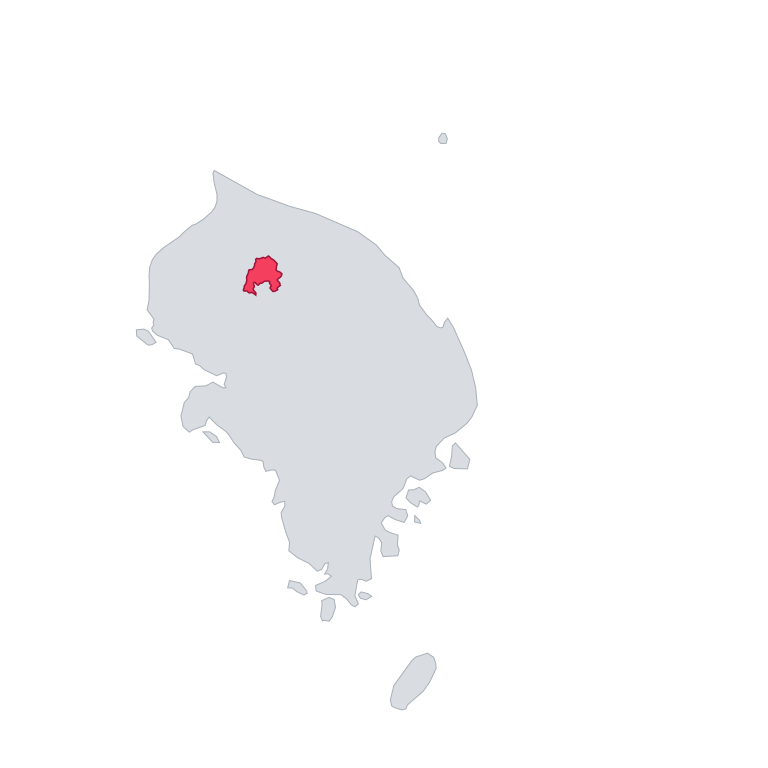 Hoengseong-gun, Gangwon, South Korea shown in context, rotated 323°
{"feature_id": "91817680B58418421780923", "entity_name": "Hoengseong-gun", "entity_type": "district", "adm_level": 2, "iso_a3": "KOR", "parent_name": "South Korea", "parent_adm1": "Gangwon", "projection": "natural_earth1", "projection_center": [128.028, 37.482], "detail": "fine", "context": "in_parent", "style": "filled", "palette": "rose", "viewbox_px": 768, "rotation_deg": 323, "n_neighbors": 0, "source": "geoboundaries", "source_scale": "gbopen_adm2", "svg_char_len": 4911}
<svg xmlns="http://www.w3.org/2000/svg" viewBox="0 0 768 768"><g transform="rotate(323 384 384)"><path d="M236.7,195.8L239.2,193.9L239.4,191.1L239.4,182.2L246.5,176.0L256.6,163.2L261.5,156.2L267.2,149.7L273.7,145.4L280.0,143.3L290.1,142.4L309.3,143.3L313.0,142.5L326.4,141.8L329.5,143.0L339.2,143.7L350.0,142.9L355.4,141.0L360.4,137.8L364.8,132.0L369.3,121.3L374.1,112.9L376.9,111.3L396.7,156.2L415.5,185.2L431.7,206.2L454.7,246.7L461.5,268.4L462.2,281.8L466.1,300.2L462.9,310.8L463.9,327.5L462.5,336.1L459.8,342.4L459.7,354.5L460.6,361.0L460.8,369.6L462.6,373.0L465.2,374.2L469.4,371.1L474.5,369.8L473.6,380.1L467.6,406.3L462.3,425.4L455.0,442.0L445.7,457.2L434.5,463.1L426.7,465.3L411.6,466.0L399.2,463.4L388.4,465.3L384.1,468.5L380.9,473.9L383.3,482.3L383.0,488.5L378.4,488.1L369.3,484.4L359.2,484.0L354.5,482.2L349.8,473.3L344.9,473.6L336.5,478.9L323.6,480.0L319.0,482.9L317.4,486.6L319.3,491.3L325.8,497.4L323.6,503.6L316.8,506.7L311.4,499.1L308.0,491.6L304.2,491.2L298.2,493.3L297.0,501.4L299.8,506.9L304.3,513.2L297.9,520.5L296.2,525.8L291.7,529.5L279.3,521.2L281.1,515.3L286.5,509.6L287.1,503.6L285.4,500.1L267.7,515.1L256.8,532.0L251.0,530.8L248.5,526.4L245.1,524.6L233.3,535.6L231.2,544.2L226.8,544.5L225.0,540.9L224.8,533.1L222.8,526.4L210.7,516.8L205.2,508.4L208.2,503.7L218.4,506.2L226.4,505.9L224.9,501.9L222.2,500.0L227.6,497.8L232.1,493.2L228.4,491.9L222.7,494.6L218.0,493.3L216.2,482.3L210.5,470.9L207.6,460.0L213.3,453.6L216.2,443.8L221.6,429.6L224.2,425.0L231.5,421.7L234.1,418.0L230.1,416.1L223.8,414.5L223.9,410.4L228.3,408.1L233.2,403.6L242.6,398.1L245.5,387.7L242.8,385.1L237.0,382.6L238.3,377.4L240.7,373.4L239.9,371.0L233.0,364.3L228.4,358.1L229.8,351.1L228.8,340.5L229.5,331.6L229.2,326.8L225.9,315.9L224.4,305.1L219.9,306.7L216.3,309.4L203.6,305.5L199.5,305.3L197.9,297.2L202.6,287.3L213.5,278.5L219.7,277.4L224.5,273.5L231.8,272.3L240.6,278.3L248.5,279.5L252.9,289.8L255.5,291.9L256.1,288.2L262.5,283.7L264.1,280.4L262.7,278.6L255.3,276.7L248.8,264.0L247.9,258.4L245.5,254.8L249.1,244.7L241.6,233.0L237.9,229.4L238.4,218.9L234.5,212.3L232.3,208.6L231.0,202.3L232.2,199.5L235.6,198.4L236.7,195.8ZM209.6,654.4L205.9,656.7L202.5,655.3L201.5,654.3L197.5,648.5L196.4,645.5L199.2,639.9L210.6,630.6L239.9,621.6L245.2,621.2L256.8,625.1L259.2,632.3L257.1,638.4L254.4,642.6L240.9,649.6L230.5,653.0L209.6,654.4ZM407.2,495.8L399.6,502.0L389.2,493.7L386.7,489.1L394.6,482.3L401.3,474.6L405.6,474.1L407.2,495.8ZM352.2,495.0L351.3,504.9L345.5,505.4L342.1,499.0L338.4,502.1L336.5,502.2L333.6,494.3L333.1,488.1L339.9,483.4L344.0,486.3L349.9,487.7L352.2,495.0ZM202.5,538.9L197.3,540.4L194.4,537.0L192.3,536.0L193.5,531.5L202.1,522.5L203.8,519.5L211.6,521.3L214.5,526.0L210.9,533.2L202.5,538.9ZM227.6,200.3L227.1,213.6L222.7,213.0L219.6,211.7L218.4,209.1L215.4,196.8L218.8,191.7L225.4,195.7L227.6,200.3ZM197.7,502.6L196.6,505.0L193.0,504.3L189.4,497.3L188.0,491.8L184.4,488.8L190.2,484.1L197.5,492.6L197.7,502.6ZM218.6,325.3L217.4,331.8L212.1,327.5L210.6,313.2L216.1,317.4L218.6,325.3ZM582.2,226.2L578.6,229.2L574.2,226.2L573.7,223.1L575.9,220.3L581.2,218.7L583.6,221.1L582.2,226.2ZM244.9,541.6L246.3,546.3L239.7,545.4L236.2,540.8L236.7,536.9L240.6,536.3L244.9,541.6ZM330.4,514.3L329.5,517.4L325.4,512.7L329.4,507.5L330.4,514.3Z" fill="#d9dde1" stroke="#a8b0b8" stroke-width="1"/><path d="M368.6,212.1L365.6,212.1L364.6,211.8L364.1,210.7L363.6,210.1L362.3,209.8L361.1,209.3L359.9,209.1L359.3,208.7L358.4,207.5L357.8,207.0L356.5,207.3L355.9,208.3L355.3,209.3L354.3,209.7L353.0,210.1L352.0,211.4L349.7,212.8L347.5,213.2L346.8,212.8L345.4,211.8L344.5,211.7L343.7,212.4L343.1,213.1L342.5,213.6L340.6,214.7L339.2,215.4L338.3,216.3L337.8,217.0L336.9,218.6L335.3,219.8L333.9,220.9L333.0,221.3L332.1,221.3L331.6,221.5L331.1,222.0L330.6,222.7L329.5,223.4L328.5,224.0L328.1,224.6L328.0,225.2L328.9,226.2L329.9,226.6L330.6,227.2L330.7,227.9L330.7,228.7L331.2,230.2L331.4,230.3L332.2,230.7L332.8,230.9L333.3,231.2L333.9,232.0L334.2,233.0L334.6,234.1L334.9,234.9L335.1,235.8L335.8,235.0L336.4,234.4L336.5,233.3L336.3,231.9L336.3,230.7L336.6,229.4L337.0,228.9L337.9,228.7L338.9,228.4L339.4,227.5L339.9,225.8L340.5,225.0L341.2,224.7L342.3,225.4L342.2,227.2L342.5,228.5L343.1,229.4L344.8,229.1L345.8,229.0L346.5,229.6L347.3,230.0L348.1,230.0L349.1,229.9L350.6,230.1L351.3,230.4L351.8,231.0L353.1,231.7L353.8,232.6L354.3,233.2L353.4,234.4L353.2,234.8L353.2,236.1L353.3,237.4L352.7,238.0L351.3,238.2L350.6,239.1L350.8,240.2L350.8,242.0L351.1,243.4L352.1,244.0L353.2,244.3L354.0,244.5L355.2,244.7L355.9,244.7L356.1,243.4L357.1,242.9L358.1,242.9L360.5,242.9L360.5,242.2L361.1,241.6L361.5,240.9L361.5,239.0L361.3,237.8L361.3,236.6L362.3,236.3L364.4,236.3L365.6,236.3L366.6,236.1L367.2,235.8L368.8,234.6L368.5,233.7L368.5,232.6L367.7,230.9L366.7,229.7L366.5,228.1L368.1,226.3L369.0,225.3L370.4,224.2L371.1,223.8L370.6,218.9L369.2,215.1L369.2,213.3L368.6,212.1Z" fill="#f43f5e" stroke="#9f1239" stroke-width="1.5"/></g></svg>